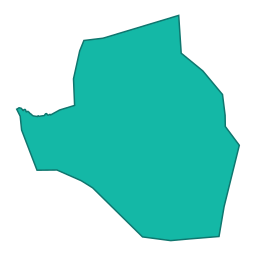 the district of Bayanmo'nx, Hentiy, Mongolia
{"feature_id": "93677404B71590009597978", "entity_name": "Bayanmo'nx", "entity_type": "district", "adm_level": 2, "iso_a3": "MNG", "parent_name": "Mongolia", "parent_adm1": "Hentiy", "projection": "mercator", "projection_center": [109.403, 46.914], "detail": "fine", "context": "isolated", "style": "filled", "palette": "teal", "viewbox_px": 256, "rotation_deg": 0, "n_neighbors": 0, "source": "geoboundaries", "source_scale": "gbopen_adm2", "svg_char_len": 1391}
<svg xmlns="http://www.w3.org/2000/svg" viewBox="0 0 256 256"><path d="M222.5,94.5L202.9,71.0L181.2,53.2L178.7,15.4L103.0,38.2L83.9,40.5L79.7,50.9L73.5,78.8L74.6,105.4L59.6,110.0L50.7,114.9L50.3,114.5L50.0,114.4L49.7,114.5L49.3,114.6L48.9,114.9L48.6,115.0L48.2,115.1L47.8,115.0L47.5,114.9L47.2,114.6L46.9,113.9L46.6,113.7L46.3,113.6L45.9,113.7L45.6,113.8L45.3,114.1L45.0,114.5L44.6,115.2L44.3,115.5L44.0,115.6L43.5,115.7L42.6,115.8L41.3,116.0L40.5,116.1L39.9,116.3L39.6,116.3L39.3,116.3L39.0,116.3L38.7,116.1L38.5,115.9L38.3,115.8L38.1,115.8L37.9,116.0L37.8,116.4L37.6,116.5L37.3,116.5L36.8,116.4L35.7,116.3L34.7,116.1L33.8,116.0L33.1,115.8L32.6,115.5L32.0,115.0L31.5,114.5L30.9,114.0L30.2,113.6L29.7,113.2L29.4,112.6L29.1,112.3L28.7,112.1L28.4,111.9L28.0,111.4L27.7,111.4L27.2,111.5L26.7,111.8L26.3,111.8L26.1,111.6L26.0,111.3L25.9,110.8L25.8,110.6L25.6,110.1L25.4,109.8L25.1,109.5L24.7,109.5L24.4,109.5L24.1,109.6L23.9,109.8L23.6,110.1L23.3,110.5L23.2,110.5L22.9,110.4L22.7,110.0L22.3,109.4L21.9,109.1L21.6,108.8L21.4,108.5L21.2,108.3L21.0,108.2L20.7,108.1L20.2,108.1L19.9,108.0L19.5,107.8L19.3,107.8L19.0,107.8L18.8,107.9L18.1,108.4L17.3,108.9L16.7,109.2L20.2,116.2L21.6,130.0L37.0,170.2L56.9,170.0L81.2,180.7L92.6,187.8L142.5,236.9L170.7,240.6L188.4,239.0L219.0,236.5L224.1,206.6L239.3,145.3L225.3,126.5L225.1,115.2L222.5,94.5Z" fill="#14b8a6" stroke="#0f766e" stroke-width="1.5"/></svg>